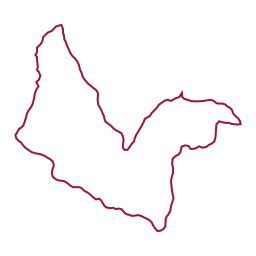 outline of Matutina, Minas Gerais, Brazil
{"feature_id": "56859067B65978076435942", "entity_name": "Matutina", "entity_type": "district", "adm_level": 2, "iso_a3": "BRA", "parent_name": "Brazil", "parent_adm1": "Minas Gerais", "projection": "natural_earth1", "projection_center": [-45.985, -19.184], "detail": "fine", "context": "isolated", "style": "outline", "palette": "rose", "viewbox_px": 256, "rotation_deg": 0, "n_neighbors": 0, "source": "geoboundaries", "source_scale": "gbopen_adm2", "svg_char_len": 2743}
<svg xmlns="http://www.w3.org/2000/svg" viewBox="0 0 256 256"><path d="M35.4,55.0L37.0,57.1L37.1,60.1L37.5,63.8L37.8,67.1L37.0,70.2L38.8,71.9L40.3,75.6L39.0,79.6L36.3,82.0L38.5,86.2L36.7,89.1L35.2,92.5L34.5,95.3L34.1,98.2L33.2,101.8L32.4,104.4L30.9,107.4L28.4,110.7L26.9,113.9L25.9,117.8L24.7,121.6L23.4,125.4L21.6,127.2L18.8,129.1L17.0,132.7L15.4,135.0L16.1,138.0L18.8,141.0L21.1,142.5L23.0,145.2L25.6,148.0L28.7,150.1L31.8,152.2L35.2,153.3L40.0,154.0L44.1,155.6L46.9,157.4L49.6,158.9L52.5,161.0L53.9,165.1L52.4,169.7L51.8,173.6L53.0,177.1L56.6,179.7L59.7,180.5L64.3,181.2L67.5,183.2L70.2,185.5L73.1,187.2L77.0,187.2L79.6,187.2L81.9,188.3L83.9,190.5L86.1,191.8L88.5,193.1L90.8,195.1L93.0,197.2L95.9,199.3L99.1,198.7L101.3,200.5L102.6,203.0L104.1,205.4L106.4,207.5L110.0,208.1L113.1,207.8L116.0,209.1L118.8,208.5L122.0,209.5L124.4,212.7L126.8,214.3L129.2,214.8L131.8,215.9L135.1,215.6L137.9,215.1L141.2,215.9L144.0,217.4L146.7,218.7L149.3,220.0L151.6,222.2L153.1,225.4L155.1,228.4L157.4,231.0L160.3,230.8L163.4,229.1L165.3,226.5L165.6,222.3L165.6,219.0L166.7,216.4L168.5,214.3L170.3,210.8L171.2,205.4L172.6,201.2L173.5,198.4L172.9,195.4L172.1,191.4L171.6,187.2L171.2,183.3L171.1,180.1L171.8,176.7L173.0,173.3L173.1,168.1L172.1,163.9L172.6,158.7L175.5,156.1L178.5,154.6L180.6,151.5L181.6,146.6L184.9,145.4L188.4,145.9L190.5,148.9L194.1,148.8L196.4,147.9L199.1,146.3L202.6,147.7L206.4,146.9L209.3,144.6L211.8,143.6L214.4,141.3L215.4,137.5L215.8,133.3L216.0,129.5L216.4,124.3L219.2,121.3L221.9,122.1L225.5,122.9L228.9,122.8L231.9,124.0L234.6,124.2L237.5,124.6L240.6,124.0L240.0,121.2L238.2,118.3L235.6,116.2L233.3,113.7L231.9,109.8L229.6,107.5L227.4,106.5L225.3,104.5L222.6,103.6L219.8,103.6L216.6,103.3L213.9,101.0L210.9,99.8L208.1,100.1L205.1,100.7L202.4,101.0L199.0,101.3L195.4,101.3L191.5,101.2L188.8,100.1L184.3,98.9L182.1,96.8L181.9,93.0L179.3,97.0L175.7,98.2L173.3,99.7L170.8,100.9L167.8,99.7L164.9,100.6L161.9,102.6L159.0,104.6L157.3,107.1L154.6,110.1L151.4,113.4L149.9,116.0L147.3,117.4L144.8,118.9L143.8,121.7L142.0,125.1L140.4,128.0L138.7,130.9L136.5,134.4L134.7,138.3L134.0,141.5L131.9,143.6L129.7,146.9L127.4,149.9L124.5,149.8L122.9,147.7L123.1,143.9L123.6,139.3L122.8,136.2L121.4,133.3L118.8,131.7L116.6,130.6L113.6,128.6L111.4,126.2L108.7,124.0L105.5,121.8L104.4,118.9L103.9,116.0L102.4,112.8L100.7,108.9L98.2,104.6L97.6,99.4L97.9,96.3L98.0,93.3L96.4,90.4L93.7,88.2L90.9,85.9L88.1,83.7L86.1,81.3L83.5,78.2L82.2,75.3L81.4,72.5L80.0,69.5L78.8,64.7L77.1,61.3L74.9,58.4L72.5,56.1L70.5,53.3L68.9,49.6L67.0,45.8L65.8,42.0L64.3,39.4L64.0,35.9L63.0,32.5L63.1,29.2L61.4,25.0L58.9,25.5L55.8,26.6L53.9,28.7L51.5,31.1L48.0,32.4L43.2,37.0L42.3,41.4L40.4,44.4L37.0,47.6L37.1,52.1L35.4,55.0Z" fill="none" stroke="#9f1239" stroke-width="2"/></svg>